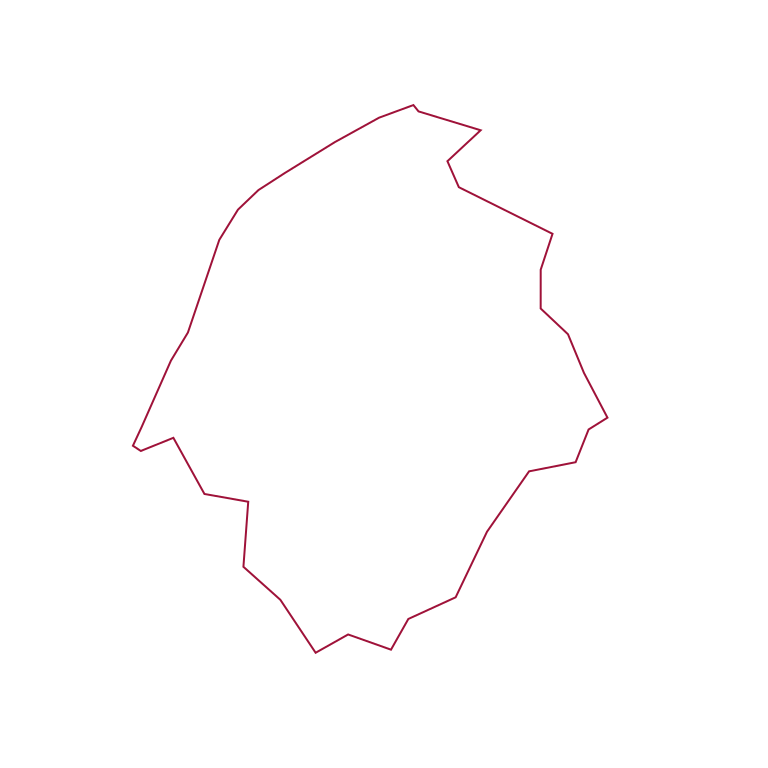 the district of Yangiarik, Khorezm, Uzbekistan, rotated 118°
{"feature_id": "79887680B98987238414073", "entity_name": "Yangiarik", "entity_type": "district", "adm_level": 2, "iso_a3": "UZB", "parent_name": "Uzbekistan", "parent_adm1": "Khorezm", "projection": "mercator", "projection_center": [60.528, 41.31], "detail": "fine", "context": "isolated", "style": "outline", "palette": "rose", "viewbox_px": 768, "rotation_deg": 118, "n_neighbors": 0, "source": "geoboundaries", "source_scale": "gbopen_adm2", "svg_char_len": 610}
<svg xmlns="http://www.w3.org/2000/svg" viewBox="0 0 768 768"><g transform="rotate(118 384 384)"><path d="M123.9,489.0L151.2,513.4L193.4,540.9L244.4,570.7L271.7,585.9L298.6,594.8L334.0,597.1L430.6,581.3L463.4,583.1L535.9,577.8L556.4,576.7L557.3,567.3L530.4,544.7L565.4,490.9L551.7,448.6L611.4,422.3L623.2,374.2L653.4,318.2L622.0,298.1L615.3,253.1L580.0,252.2L538.7,220.6L466.1,223.7L393.0,214.9L363.1,178.1L328.1,182.0L308.8,170.9L280.3,212.7L253.7,244.9L243.8,281.1L209.5,299.3L172.3,305.7L175.1,410.3L157.5,432.6L114.6,417.8L127.1,481.5L123.9,489.0Z" fill="none" stroke="#9f1239" stroke-width="2"/></g></svg>